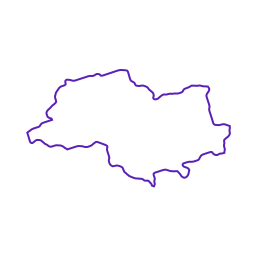 Las Matas de Farfan, San Juan, Dominican Republic, rotated 252°
{"feature_id": "3306468B58611223630856", "entity_name": "Las Matas de Farfan", "entity_type": "district", "adm_level": 2, "iso_a3": "DOM", "parent_name": "Dominican Republic", "parent_adm1": "San Juan", "projection": "equal_earth", "projection_center": [-71.495, 18.95], "detail": "fine", "context": "isolated", "style": "outline", "palette": "violet", "viewbox_px": 256, "rotation_deg": 252, "n_neighbors": 0, "source": "geoboundaries", "source_scale": "gbopen_adm2", "svg_char_len": 5832}
<svg xmlns="http://www.w3.org/2000/svg" viewBox="0 0 256 256"><g transform="rotate(252 128 128)"><path d="M64.5,134.6L65.4,135.5L66.2,136.0L66.7,136.2L68.5,136.4L69.1,136.6L69.7,136.8L70.7,137.4L71.2,137.7L71.9,137.8L72.5,137.9L75.4,137.9L76.2,138.1L76.5,138.2L76.7,138.5L76.9,138.8L77.0,139.1L77.2,139.8L77.2,141.0L77.2,148.3L77.1,149.5L76.9,150.3L76.7,151.1L76.3,151.7L74.3,154.5L73.9,155.1L73.6,155.8L73.1,157.1L72.5,158.7L72.3,159.4L72.0,160.7L71.8,161.3L71.6,161.5L71.2,161.9L69.7,162.5L68.2,163.3L66.1,163.8L65.6,164.0L64.2,165.0L63.8,165.3L63.6,165.6L63.3,166.2L63.2,166.6L63.2,167.3L63.3,168.0L63.4,168.4L63.7,169.1L64.3,170.0L65.0,170.8L65.8,171.4L67.1,172.1L69.0,173.3L69.8,173.2L70.4,173.0L70.7,172.9L71.2,172.5L72.0,171.8L73.8,169.4L74.4,169.0L74.9,168.7L75.2,168.6L75.7,168.5L76.3,168.7L76.5,168.8L76.8,169.0L77.0,169.4L77.1,169.7L77.2,170.5L77.2,171.3L77.2,173.0L77.1,174.8L77.0,175.6L76.8,176.4L76.2,178.0L76.0,179.1L75.8,180.4L75.8,181.6L75.8,182.9L75.8,184.1L76.0,185.2L76.3,185.8L76.6,186.2L77.5,187.0L78.4,188.0L79.1,188.9L79.4,189.6L79.5,190.0L79.6,190.8L79.7,192.1L79.7,196.9L79.7,198.5L79.6,199.3L79.5,199.6L79.4,200.0L79.2,200.2L78.8,200.6L77.5,201.0L76.7,201.5L76.2,201.9L75.7,202.5L75.3,203.0L75.0,203.7L74.8,204.4L74.8,205.1L74.9,205.8L75.1,206.6L75.2,207.2L75.2,207.7L74.8,208.9L74.7,209.7L74.6,212.0L75.7,212.4L77.0,213.1L77.5,213.4L78.5,213.6L80.5,213.7L81.4,213.8L82.0,214.0L83.3,214.7L83.9,215.0L85.8,215.3L86.3,215.5L86.6,215.6L86.8,215.8L87.0,216.1L87.3,216.6L88.1,218.3L88.7,220.0L89.0,220.7L89.8,221.9L90.6,222.7L91.1,223.1L91.7,223.3L93.7,223.6L94.3,223.7L94.9,224.0L95.9,224.6L96.5,224.8L98.4,225.4L100.9,222.1L101.6,221.2L101.9,220.5L102.1,220.1L102.3,219.3L102.5,216.4L102.6,215.6L102.8,214.9L103.8,212.4L104.3,211.6L104.8,211.1L105.3,210.8L106.0,210.6L107.3,210.6L111.9,210.7L119.2,210.7L120.2,210.9L120.9,211.0L121.5,211.3L122.7,212.0L123.3,212.2L124.0,212.3L126.1,212.4L132.9,212.4L134.2,212.5L134.8,212.7L135.1,212.8L135.7,213.3L136.4,214.0L138.0,216.1L138.6,216.6L139.1,217.0L139.4,217.1L140.0,217.3L140.9,217.3L141.8,217.1L142.8,216.7L143.2,215.6L143.8,214.1L144.3,212.7L144.8,211.7L145.8,210.2L146.3,209.2L146.5,208.5L146.7,207.0L146.9,206.3L147.8,204.1L148.5,201.9L148.6,201.3L148.5,200.7L148.2,199.5L148.0,198.8L147.8,195.0L147.7,193.8L147.4,193.1L147.1,192.6L146.7,192.1L145.9,191.4L145.6,190.9L145.4,190.3L145.3,189.2L145.3,187.2L145.4,186.5L145.5,185.7L145.7,185.0L146.3,183.4L146.9,180.5L147.6,178.6L147.8,177.5L147.9,175.6L148.1,174.5L148.3,173.8L148.7,172.6L148.9,171.9L148.8,171.2L148.7,170.5L148.1,169.0L147.6,167.6L146.9,166.1L146.7,165.4L146.6,164.7L146.6,163.9L146.7,163.2L146.8,162.8L147.1,162.2L147.5,161.7L147.9,161.4L148.5,161.3L149.1,161.4L150.5,162.3L151.3,162.6L152.6,162.7L153.2,162.7L153.8,162.5L154.3,162.3L155.5,161.5L156.6,160.9L158.1,159.9L160.1,159.3L160.7,159.0L161.5,158.3L162.2,157.5L163.1,156.3L163.7,155.3L164.0,154.6L164.1,154.2L164.4,152.0L164.6,151.3L165.4,149.6L165.7,149.1L165.9,148.8L166.1,148.7L166.6,148.4L168.3,148.2L169.2,147.9L169.7,147.6L171.2,146.1L172.0,145.5L172.9,145.2L174.2,145.1L180.2,145.3L181.5,145.3L182.1,145.2L182.6,145.0L182.9,144.8L183.2,144.3L184.2,142.3L184.8,140.6L185.4,139.1L185.6,138.3L185.7,137.5L185.8,136.2L185.8,134.9L185.7,121.4L185.7,120.2L185.8,119.4L186.0,118.7L186.2,118.4L186.4,118.2L186.6,118.1L187.7,117.6L188.1,117.2L188.7,115.9L188.9,115.0L189.0,114.7L188.9,114.1L188.5,112.6L188.4,111.9L188.4,111.1L188.5,110.0L189.1,108.5L189.3,107.8L189.4,107.0L189.5,106.1L189.5,103.5L189.5,93.6L189.5,92.3L189.6,91.5L189.8,90.7L190.1,90.0L191.5,87.9L191.8,87.3L192.7,85.2L192.8,84.6L192.8,84.3L192.7,83.9L192.6,83.6L192.3,83.2L191.8,82.8L191.3,82.6L189.4,82.4L188.9,82.2L188.7,82.0L188.5,81.7L188.3,81.0L188.2,80.3L188.2,77.5L188.1,76.7L187.8,75.9L187.3,74.8L186.6,73.9L184.7,71.4L183.7,70.3L183.1,69.9L182.0,69.3L181.1,68.6L180.3,68.2L179.6,68.1L179.0,68.0L176.7,68.0L175.8,67.9L175.2,67.8L174.7,67.4L174.4,66.9L173.5,65.2L172.7,62.9L171.0,60.0L170.2,58.0L169.8,57.4L169.4,56.8L169.0,56.2L168.5,55.7L167.9,55.3L167.6,55.2L166.7,54.9L165.0,54.9L163.7,55.0L163.1,55.3L162.3,55.9L161.6,56.7L160.5,58.2L159.2,58.2L159.2,50.0L159.2,48.7L159.1,47.9L158.9,47.1L158.5,46.4L158.1,45.8L157.3,45.0L157.0,44.5L156.9,44.1L156.7,43.3L156.7,42.5L156.7,37.9L156.6,37.1L156.5,36.2L156.3,35.4L155.7,33.8L155.2,32.1L154.7,30.8L145.4,30.6L144.5,30.8L144.2,30.9L143.8,31.3L143.4,31.8L143.3,32.1L143.3,32.4L143.3,32.7L143.5,33.3L144.7,36.5L144.8,37.1L144.8,37.4L144.6,38.0L144.0,39.9L143.7,40.5L143.1,41.3L142.7,41.7L141.6,42.3L140.4,43.1L138.8,44.0L136.9,45.9L136.3,46.3L135.3,47.0L134.7,47.6L134.3,48.2L134.2,48.5L134.0,49.2L133.9,50.3L133.9,53.1L133.8,53.9L133.7,54.6L132.6,57.5L132.3,58.2L132.0,58.8L131.5,59.4L130.6,60.4L130.1,60.9L128.8,61.6L127.2,63.1L126.4,63.7L126.4,66.8L126.4,73.1L126.3,74.3L126.2,75.1L126.0,75.8L125.4,77.3L124.9,78.7L124.5,79.3L123.3,81.1L123.0,81.8L122.9,82.1L122.7,82.9L122.5,84.0L122.5,85.2L122.6,86.4L122.6,87.2L122.8,88.0L123.0,88.6L123.7,90.2L124.4,92.3L124.6,92.9L124.6,93.3L124.5,93.6L124.3,94.3L123.7,95.2L118.8,101.4L118.3,101.9L117.8,102.3L117.5,102.5L116.9,102.6L116.6,102.6L116.1,102.4L115.1,101.8L114.6,101.5L113.7,101.3L112.1,101.2L107.5,101.2L105.9,101.1L105.0,100.8L103.5,99.9L103.0,99.7L102.4,99.6L101.1,99.5L99.9,99.5L99.0,99.7L98.4,99.9L96.8,101.1L96.4,101.5L96.3,101.8L96.2,102.5L95.9,105.0L95.8,105.8L95.7,106.1L95.3,106.8L94.7,107.8L94.0,108.7L93.3,109.5L92.5,110.2L92.2,110.4L91.6,110.6L90.7,110.7L88.5,110.8L87.9,110.9L87.3,111.0L85.9,112.0L84.8,112.5L83.3,113.5L82.0,114.3L81.3,115.1L80.3,116.2L78.7,118.2L77.9,119.4L77.4,120.4L76.8,122.1L76.2,123.3L75.7,124.6L75.5,125.2L75.1,125.7L74.7,126.2L73.5,127.0L73.0,127.4L72.7,127.9L72.4,128.5L71.9,130.4L71.6,130.9L71.2,131.3L69.7,131.9L68.2,132.7L67.3,133.0L65.8,133.0L64.5,134.6Z" fill="none" stroke="#5b21b6" stroke-width="2"/></g></svg>